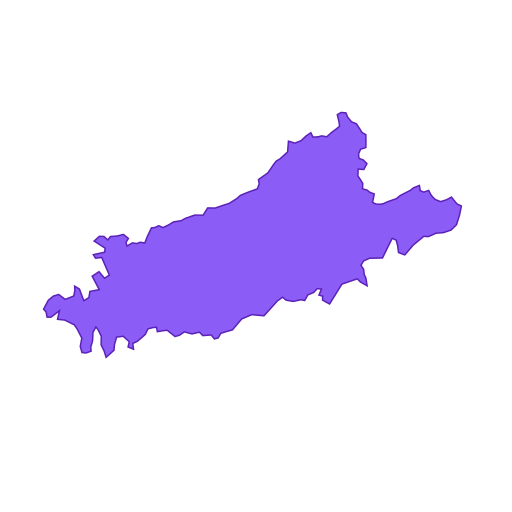 the district of Quatro Irmãos, Rio Grande do Sul, Brazil, rotated 29°
{"feature_id": "56859067B55924699188620", "entity_name": "Quatro Irmãos", "entity_type": "district", "adm_level": 2, "iso_a3": "BRA", "parent_name": "Brazil", "parent_adm1": "Rio Grande do Sul", "projection": "equal_earth", "projection_center": [-52.476, -27.847], "detail": "fine", "context": "isolated", "style": "filled", "palette": "violet", "viewbox_px": 512, "rotation_deg": 29, "n_neighbors": 0, "source": "geoboundaries", "source_scale": "gbopen_adm2", "svg_char_len": 2832}
<svg xmlns="http://www.w3.org/2000/svg" viewBox="0 0 512 512"><g transform="rotate(29 256 256)"><path d="M411.4,112.7L406.5,113.0L402.9,111.6L398.4,109.7L395.4,114.4L391.2,118.9L385.5,119.7L382.0,118.8L378.5,117.2L375.3,114.9L371.7,118.8L368.0,119.2L364.7,115.1L360.7,120.0L359.2,123.7L356.5,127.7L352.8,133.2L350.9,137.9L348.2,140.9L345.0,144.5L342.0,148.5L339.3,150.7L335.9,152.4L331.9,152.6L330.7,148.5L329.3,144.4L324.8,145.1L321.1,144.5L316.6,145.6L314.2,140.8L310.5,138.7L306.2,136.5L303.2,130.4L308.4,128.1L308.2,121.4L303.2,120.0L298.8,120.7L296.2,117.0L295.7,111.9L299.5,107.9L296.4,102.1L293.2,96.6L288.9,96.6L284.9,94.4L279.7,91.7L274.4,92.3L269.0,90.2L265.2,87.2L260.8,89.2L258.6,93.0L263.6,98.5L266.2,102.0L264.6,106.0L262.2,111.3L260.1,117.4L255.2,119.1L252.6,121.6L248.2,124.4L244.2,121.6L241.6,126.7L239.5,133.3L235.3,138.4L228.7,139.8L233.2,149.7L229.8,159.6L227.7,163.1L227.0,167.5L226.6,172.3L226.0,177.8L223.4,183.1L221.1,188.0L223.9,191.5L224.6,196.7L218.1,204.1L212.9,210.6L211.5,214.8L207.1,222.9L201.2,229.2L197.0,233.9L190.4,237.4L189.9,246.0L182.6,249.9L176.3,256.9L173.3,261.5L167.4,266.1L164.4,271.3L160.9,276.2L156.2,276.7L153.9,280.0L150.9,282.1L151.5,291.6L152.4,298.6L148.2,300.0L145.6,303.0L141.6,304.4L138.4,309.8L135.7,307.2L135.9,302.5L129.6,301.4L124.9,305.8L119.3,309.5L118.6,313.8L113.5,312.6L109.5,314.7L107.2,321.4L120.2,322.3L121.8,326.0L113.1,333.7L116.7,335.7L121.8,332.1L137.0,343.8L134.3,348.9L126.3,345.8L122.5,353.1L135.2,361.4L127.9,367.5L130.0,373.4L127.1,378.6L117.6,370.5L112.0,370.3L114.3,374.0L116.0,379.4L110.1,386.4L102.1,385.3L98.2,389.3L95.8,395.4L96.0,405.5L99.5,406.7L103.0,410.8L106.4,408.8L108.4,404.3L110.6,399.1L113.1,407.6L119.7,404.8L130.5,404.3L135.4,406.8L143.4,412.2L146.2,420.4L150.6,424.8L154.4,423.2L157.9,419.2L155.6,415.7L154.2,409.4L150.4,401.8L150.4,395.7L153.7,397.1L159.6,401.2L163.6,408.8L169.2,412.7L174.0,417.3L177.5,407.3L175.1,401.9L173.4,394.5L178.8,390.6L186.7,392.4L188.2,397.6L194.1,396.9L190.6,392.2L193.5,388.3L195.5,383.1L197.2,378.2L196.8,372.2L200.4,368.7L203.5,366.6L206.4,370.0L210.4,366.8L214.3,364.0L224.2,365.7L227.5,362.4L230.1,357.1L237.8,355.2L243.4,350.1L248.1,351.4L255.1,346.8L259.8,348.7L262.6,346.1L262.7,340.7L267.1,336.1L271.2,332.1L274.0,318.0L280.8,309.3L286.6,306.8L292.0,304.4L296.5,284.9L299.2,279.2L303.8,280.0L310.5,277.7L316.5,272.5L320.2,271.3L320.2,264.9L324.1,260.0L325.4,254.8L329.3,253.2L330.0,259.7L333.7,258.8L335.6,262.3L343.6,262.3L344.8,238.9L355.6,226.9L359.9,228.1L367.6,228.2L362.9,222.1L359.6,219.7L356.6,215.5L352.3,213.2L352.5,208.1L356.4,202.9L367.6,196.4L366.8,180.8L366.6,174.5L371.0,174.2L375.0,178.5L379.0,183.9L385.6,182.9L388.2,170.3L393.2,157.5L397.3,155.5L402.5,148.7L408.6,144.7L414.0,138.8L416.2,131.6L414.2,121.6L411.4,112.7Z" fill="#8b5cf6" stroke="#5b21b6" stroke-width="1.5"/></g></svg>